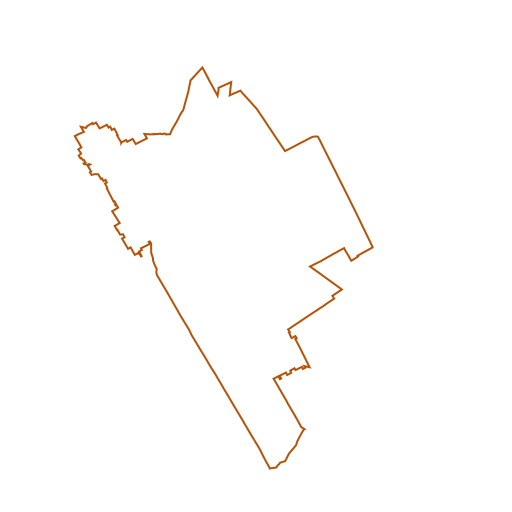 Metepec, México, Mexico (Mercator projection), rotated 62°
{"feature_id": "50627088B30760870032876", "entity_name": "Metepec", "entity_type": "district", "adm_level": 2, "iso_a3": "MEX", "parent_name": "Mexico", "parent_adm1": "México", "projection": "mercator", "projection_center": [-99.596, 19.251], "detail": "fine", "context": "isolated", "style": "outline", "palette": "amber", "viewbox_px": 512, "rotation_deg": 62, "n_neighbors": 0, "source": "geoboundaries", "source_scale": "gbopen_adm2", "svg_char_len": 4969}
<svg xmlns="http://www.w3.org/2000/svg" viewBox="0 0 512 512"><g transform="rotate(62 256 256)"><path d="M173.3,366.0L174.4,363.2L177.8,363.3L177.7,366.1L183.6,365.8L189.6,365.6L189.5,362.7L192.4,362.6L198.1,362.5L198.0,358.6L198.6,358.7L198.6,357.7L202.4,357.7L202.4,357.1L197.1,357.1L197.1,354.0L195.2,354.0L195.5,344.1L193.2,344.1L193.3,342.9L195.7,342.7L198.5,344.2L204.2,347.1L209.6,348.0L211.6,349.0L214.8,349.5L219.0,349.8L220.7,349.7L223.7,351.7L226.4,352.4L237.4,351.9L246.6,351.5L249.2,351.4L252.7,351.3L259.5,351.1L262.8,351.0L268.4,350.8L271.7,350.8L278.2,350.4L284.7,350.0L286.5,349.9L290.1,349.7L295.8,350.0L304.3,349.5L312.7,349.1L318.7,348.7L324.7,348.4L327.7,348.3L333.8,348.0L334.3,348.0L335.0,347.9L341.0,347.4L344.5,347.3L353.1,346.9L358.9,346.7L361.8,346.5L364.8,346.4L370.9,346.1L374.0,346.0L380.1,345.7L387.8,345.3L394.0,345.0L400.1,344.8L406.3,344.5L411.8,344.3L414.7,344.1L420.8,343.8L426.9,343.4L432.8,343.5L436.5,343.6L442.3,343.6L446.2,343.5L450.2,343.5L450.5,342.3L451.2,340.3L452.3,337.4L452.0,336.9L451.5,336.0L450.8,334.5L450.7,333.5L449.8,331.8L450.0,331.0L450.8,326.5L446.0,319.8L443.3,313.0L441.9,309.5L438.7,306.2L438.4,305.6L436.0,302.3L434.6,300.0L433.2,298.0L431.7,295.3L431.7,294.5L428.2,296.4L424.3,296.4L417.5,296.5L412.5,296.7L405.0,297.0L401.3,297.2L399.1,297.1L395.4,297.2L388.5,297.5L384.8,297.6L381.6,297.7L378.6,297.8L372.6,298.1L372.7,292.7L376.0,292.7L376.0,291.3L372.8,291.3L372.9,288.9L373.0,284.2L375.7,284.4L375.7,279.7L373.3,279.6L373.2,274.7L375.3,274.6L375.4,267.6L377.7,267.7L377.8,265.1L375.8,265.1L379.4,260.9L365.1,260.5L356.8,260.3L347.8,260.3L347.7,258.7L345.2,258.8L345.2,263.1L342.2,263.1L342.1,262.9L339.1,262.9L339.1,261.9L335.9,262.1L335.9,261.3L335.3,255.9L334.3,246.0L333.6,239.8L332.9,232.0L332.6,228.7L332.2,224.7L332.1,224.2L331.9,220.6L331.2,215.7L330.3,207.0L329.8,207.1L328.7,207.1L327.0,207.2L325.9,195.9L324.7,196.5L323.6,197.0L316.7,200.4L305.5,205.9L302.1,207.5L293.5,211.8L290.6,213.2L291.0,200.8L290.9,198.5L290.6,189.1L290.5,187.3L290.5,184.6L290.5,182.7L290.4,178.3L290.4,177.1L290.4,175.9L290.4,174.5L292.3,174.6L294.6,174.5L298.2,174.3L301.2,174.2L304.9,174.1L304.8,172.1L304.8,170.7L304.7,170.6L304.3,166.1L303.4,166.1L303.4,165.2L303.4,164.3L303.4,161.9L303.3,160.3L303.3,159.0L303.3,156.3L303.2,153.4L303.2,150.6L303.2,149.0L301.6,148.8L299.2,148.7L294.9,148.5L292.0,148.4L285.7,148.2L283.3,148.1L282.7,148.1L270.9,147.6L267.4,147.5L266.0,147.4L262.2,147.3L258.1,147.2L253.2,147.1L251.0,147.0L240.1,146.7L234.7,146.6L232.4,146.6L232.0,146.5L225.1,146.4L220.7,146.2L213.5,146.1L207.0,145.9L197.7,145.7L193.2,145.6L183.0,145.3L180.6,145.3L179.7,145.3L179.2,146.0L178.7,146.8L178.2,147.9L177.6,149.2L177.3,150.7L177.3,150.9L177.3,151.9L177.2,152.9L177.2,155.0L177.2,157.3L177.2,158.8L177.2,159.9L177.2,160.8L177.1,165.0L177.1,171.8L177.0,178.1L177.1,178.3L177.0,179.4L177.0,181.1L170.4,181.8L158.0,183.1L151.5,183.7L148.0,184.1L146.8,184.2L137.4,185.1L136.2,185.3L126.8,186.2L122.9,187.2L117.5,188.5L112.1,189.9L108.5,190.8L107.4,191.1L102.7,192.2L102.5,194.2L101.8,203.1L101.8,203.8L100.8,203.1L97.4,200.8L95.9,199.8L94.5,198.8L94.3,198.7L92.5,197.4L90.8,196.2L90.5,201.2L90.4,202.6L90.1,207.3L90.0,210.2L91.9,211.2L96.5,214.7L95.8,214.7L92.1,214.7L90.2,214.8L89.2,214.8L87.5,214.8L85.8,214.8L85.7,214.8L85.0,214.8L83.3,214.8L82.2,214.9L81.2,214.9L79.7,214.9L79.3,214.9L77.5,214.9L75.8,214.8L72.3,214.8L71.9,214.8L71.3,214.8L69.6,214.8L67.7,214.8L64.4,214.8L64.5,215.1L66.2,220.0L66.9,222.0L67.8,224.4L67.8,224.5L68.6,226.8L69.6,229.5L70.2,231.4L71.8,232.6L74.0,234.5L77.2,237.1L77.8,237.6L78.6,238.2L84.0,243.3L89.2,248.2L89.4,248.4L91.1,249.9L93.0,251.7L93.6,252.9L93.8,253.6L96.5,257.9L97.2,258.7L98.0,259.8L100.2,263.1L100.5,263.5L101.1,264.5L102.5,266.8L103.6,268.7L105.3,271.2L106.9,273.2L108.2,274.7L106.7,277.6L106.4,278.5L105.3,278.7L104.6,280.2L104.7,280.9L104.4,281.5L103.7,282.7L103.1,282.9L102.6,284.2L100.9,288.5L100.6,289.1L100.4,288.9L99.2,291.9L95.9,297.2L100.9,297.1L100.7,309.6L94.7,310.0L94.7,316.1L92.6,316.2L92.5,321.2L93.0,322.0L92.2,321.7L88.2,321.9L84.2,322.1L84.2,321.4L81.8,321.3L77.0,321.3L77.0,324.1L73.4,324.0L73.4,325.9L70.2,326.0L69.9,334.2L63.1,334.6L63.1,338.0L61.8,338.0L62.0,343.8L62.7,345.2L63.1,346.0L59.7,349.9L65.6,349.7L65.1,356.4L65.1,359.4L65.1,359.7L70.0,359.5L73.1,359.3L78.1,359.2L78.4,362.8L83.4,362.3L84.2,365.4L87.5,365.1L87.6,364.2L90.3,363.7L90.3,362.9L93.4,362.7L93.4,364.8L94.1,364.8L94.4,364.2L96.2,362.1L96.4,360.5L97.3,359.6L97.4,360.9L97.7,362.2L103.9,361.9L104.1,363.4L107.2,363.1L107.6,361.5L108.1,359.9L109.7,357.1L109.8,356.9L115.3,356.7L115.3,355.5L118.2,355.5L118.1,353.1L121.1,353.2L121.1,355.3L122.3,355.3L123.7,355.3L126.0,355.3L126.2,356.0L128.1,356.0L130.4,356.1L133.6,356.1L141.3,356.2L141.3,355.2L144.0,355.2L144.1,356.3L145.3,356.3L145.2,355.2L148.6,355.1L149.0,362.0L154.7,361.5L158.0,361.3L162.9,360.9L163.1,366.7L168.0,366.5L168.0,366.0L173.3,366.0Z" fill="none" stroke="#b45309" stroke-width="2"/></g></svg>